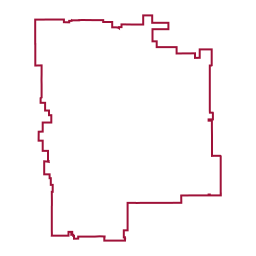 the district of Moora, Western Australia, Australia
{"feature_id": "25037944B54845573421137", "entity_name": "Moora", "entity_type": "district", "adm_level": 2, "iso_a3": "AUS", "parent_name": "Australia", "parent_adm1": "Western Australia", "projection": "albers", "projection_center": [116.192, -30.512], "detail": "fine", "context": "isolated", "style": "outline", "palette": "rose", "viewbox_px": 256, "rotation_deg": 0, "n_neighbors": 0, "source": "geoboundaries", "source_scale": "gbopen_adm2", "svg_char_len": 3098}
<svg xmlns="http://www.w3.org/2000/svg" viewBox="0 0 256 256"><path d="M35.2,26.0L35.2,42.8L35.2,43.9L35.3,44.0L35.2,44.2L35.3,44.5L35.3,48.3L35.3,60.6L35.3,65.4L35.3,65.5L37.2,65.5L41.6,65.4L41.6,74.6L41.5,79.6L41.6,84.4L41.6,97.5L40.6,98.1L40.6,102.8L45.1,102.8L45.1,105.3L45.1,110.4L45.1,110.5L49.0,110.5L49.0,115.2L51.3,115.2L51.3,122.5L42.7,122.5L42.7,131.6L38.7,131.7L38.6,140.7L42.7,140.7L42.7,150.9L48.0,150.9L48.0,160.8L48.0,161.0L48.6,161.0L48.6,161.6L48.4,161.5L48.5,161.5L48.6,161.8L48.4,161.8L48.2,161.7L47.9,161.7L47.6,161.7L46.6,161.5L44.2,161.3L44.2,169.7L44.2,174.3L49.6,174.3L49.6,178.2L50.8,178.2L50.8,184.9L52.7,184.9L52.7,191.8L51.8,191.8L51.9,201.0L51.9,205.4L51.9,205.5L51.8,206.3L51.8,211.7L51.8,215.7L51.8,216.0L51.8,226.3L51.8,228.5L51.8,228.8L51.8,230.4L51.9,234.9L51.8,235.7L63.7,235.7L68.5,235.7L68.5,231.9L72.2,231.9L72.2,233.4L71.3,233.5L71.3,234.8L73.3,234.8L73.3,236.0L74.0,236.0L74.0,237.3L74.0,238.7L78.2,238.6L78.2,236.6L86.5,236.6L94.8,236.6L99.9,236.3L104.6,236.5L104.5,237.6L104.3,237.7L104.3,240.6L107.6,240.6L111.7,240.6L115.9,240.6L116.0,240.6L116.5,240.6L121.2,240.6L125.0,240.6L125.1,238.7L124.9,238.7L124.9,237.3L123.8,237.4L123.8,236.0L123.8,230.3L127.6,230.3L127.6,225.6L127.6,218.4L127.6,211.9L127.6,202.9L135.8,202.9L136.1,203.0L136.4,203.0L139.8,202.9L141.7,202.9L144.3,202.9L145.9,202.9L157.3,202.9L160.7,202.9L162.0,202.9L165.5,202.9L176.5,202.8L178.4,202.8L181.3,202.8L181.3,201.5L181.2,195.5L181.3,195.5L192.1,195.4L195.7,195.4L197.1,195.4L199.6,195.4L206.1,195.4L208.6,195.4L208.6,194.5L209.8,194.5L209.8,195.4L212.0,195.4L220.8,195.4L220.8,193.9L220.8,193.6L220.7,193.6L220.7,192.3L220.7,191.4L220.7,180.1L220.7,176.2L220.7,169.6L220.7,163.5L220.7,159.8L220.7,156.3L220.6,156.1L220.5,155.9L220.3,155.8L220.0,155.8L217.0,155.8L216.9,155.8L213.9,155.8L212.0,155.9L212.0,154.4L212.0,135.1L211.9,127.5L211.9,127.3L211.9,126.4L211.9,123.8L211.9,121.3L211.9,120.9L211.9,120.7L208.6,120.7L208.6,119.4L212.9,119.4L212.9,113.0L212.9,112.9L212.8,112.7L209.9,112.7L209.8,110.6L209.8,107.4L209.8,104.5L209.8,104.4L209.8,101.7L209.8,96.2L209.8,87.5L209.8,87.4L209.8,86.5L209.8,82.3L209.8,73.0L209.8,65.5L211.5,65.5L211.7,65.4L211.7,56.3L211.7,56.2L211.7,49.4L209.5,49.4L208.6,49.4L208.2,49.4L207.7,49.4L203.7,49.4L199.7,49.4L199.7,49.7L199.7,53.8L199.7,57.8L195.0,57.9L195.0,53.3L189.8,53.4L184.4,53.4L176.6,53.5L176.6,53.4L176.6,47.1L173.6,47.1L161.8,47.1L156.7,47.1L156.7,43.0L156.7,41.3L152.5,41.3L152.5,31.6L152.5,29.3L152.5,29.2L164.5,29.2L168.4,29.2L168.4,22.8L165.5,22.8L164.0,22.8L152.2,22.8L152.2,15.4L151.6,15.4L151.1,15.4L149.4,15.4L143.2,15.4L143.2,24.5L139.9,24.5L130.6,24.5L123.7,24.4L121.5,24.4L121.5,27.1L118.8,27.1L118.9,28.1L118.5,27.8L116.1,27.3L112.2,27.3L112.2,22.0L107.8,22.0L103.2,22.0L103.2,20.1L93.5,20.1L92.8,20.1L92.6,20.1L92.4,20.1L91.6,20.1L82.2,20.0L78.9,20.1L78.9,20.3L72.0,20.3L71.8,20.3L71.7,20.2L71.6,20.3L71.5,20.5L71.5,20.9L69.2,20.9L69.2,21.0L69.2,21.3L69.2,21.6L69.2,21.8L69.2,22.3L67.6,22.3L63.9,22.2L63.9,19.5L59.2,19.5L53.5,19.5L40.0,19.6L35.2,19.6L35.2,26.0Z" fill="none" stroke="#9f1239" stroke-width="2"/></svg>